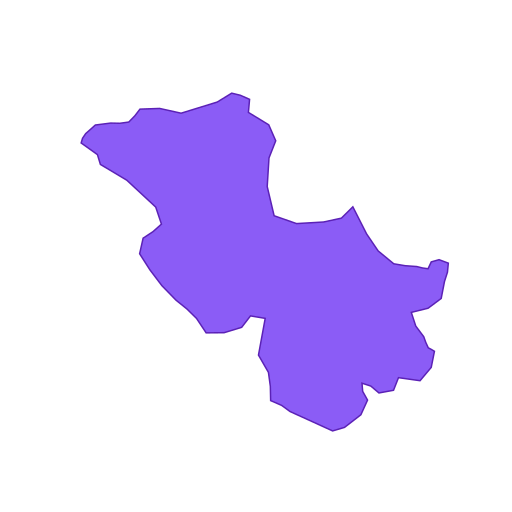 the District of Vavuniyāva, rotated 103°
{"feature_id": "LKA-2456", "entity_name": "Vavuniyāva", "entity_type": "District", "adm_level": 1, "iso_a3": "LKA", "parent_name": "Sri Lanka", "parent_adm1": "", "projection": "equal_earth", "projection_center": [80.482, 8.836], "detail": "fine", "context": "isolated", "style": "filled", "palette": "violet", "viewbox_px": 512, "rotation_deg": 103, "n_neighbors": 0, "source": "natural_earth", "source_scale": "10m", "svg_char_len": 1146}
<svg xmlns="http://www.w3.org/2000/svg" viewBox="0 0 512 512"><g transform="rotate(103 256 256)"><path d="M393.6,209.2L379.8,212.7L366.6,217.7L352.0,231.3L314.7,233.0L315.6,247.9L328.7,253.9L337.9,269.8L342.1,287.3L330.2,299.9L323.1,311.5L317.1,323.9L306.1,341.0L293.4,356.2L280.0,369.9L264.0,370.0L255.5,361.9L246.2,355.3L230.9,364.7L211.2,399.0L201.8,428.2L192.9,433.3L185.2,451.8L180.3,451.5L175.1,449.5L164.5,442.0L159.2,427.6L157.3,418.5L154.1,410.1L146.7,405.6L139.0,402.1L133.9,383.1L133.7,361.1L114.7,328.4L102.8,316.3L102.9,307.5L104.8,297.5L117.8,295.7L125.3,273.1L139.3,262.7L157.5,265.4L185.8,260.7L212.7,247.4L215.3,223.8L207.7,197.9L199.9,181.3L186.3,172.7L209.6,153.2L223.6,138.1L232.6,120.0L231.9,108.5L230.1,97.0L230.2,91.0L229.7,85.5L222.3,83.9L218.4,76.8L219.7,67.0L228.7,65.8L238.4,66.6L255.7,66.0L268.2,76.6L276.0,92.0L288.3,84.6L296.9,74.4L301.9,71.2L306.7,67.5L307.6,64.1L308.7,60.7L325.1,60.2L340.6,68.1L342.5,89.8L355.9,91.8L361.8,105.4L356.9,114.9L356.1,124.1L363.9,121.6L371.3,114.9L387.1,118.1L403.1,131.2L409.2,142.0L399.9,187.8L395.8,197.4L393.6,209.2Z" fill="#8b5cf6" stroke="#5b21b6" stroke-width="1.5"/></g></svg>